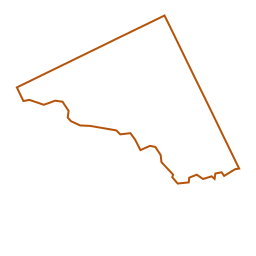 Cleveland, Oklahoma, United States of America (Mercator projection), rotated 334°
{"feature_id": "52423323B91358685939419", "entity_name": "Cleveland", "entity_type": "district", "adm_level": 2, "iso_a3": "USA", "parent_name": "United States of America", "parent_adm1": "Oklahoma", "projection": "mercator", "projection_center": [-97.393, 35.153], "detail": "fine", "context": "isolated", "style": "outline", "palette": "amber", "viewbox_px": 256, "rotation_deg": 334, "n_neighbors": 0, "source": "geoboundaries", "source_scale": "gbopen_adm2", "svg_char_len": 760}
<svg xmlns="http://www.w3.org/2000/svg" viewBox="0 0 256 256"><g transform="rotate(334 128 128)"><path d="M45.9,42.8L45.8,57.9L51.7,59.5L62.5,70.2L68.3,70.9L74.5,71.5L80.7,75.7L82.1,86.6L78.4,92.2L79.8,97.0L86.2,104.8L94.7,109.4L116.5,125.1L118.2,130.3L127.9,133.7L129.3,141.6L129.5,153.3L139.9,153.7L144.3,157.0L145.5,166.7L143.1,173.3L148.1,189.7L146.2,191.6L148.3,199.7L158.7,203.5L161.3,199.5L169.3,200.1L173.1,206.7L182.0,208.1L183.5,211.7L186.6,207.2L192.7,208.8L193.4,213.2L206.3,212.0L210.1,213.2L210.1,180.4L210.2,147.5L210.2,131.0L210.1,113.2L210.2,59.5L210.1,42.9L161.1,42.8L155.6,42.8L122.8,42.8L117.3,42.8L111.7,42.8L106.2,42.8L98.0,42.8L92.5,42.8L85.3,42.8L78.7,42.8L75.8,42.8L45.9,42.8Z" fill="none" stroke="#b45309" stroke-width="2"/></g></svg>